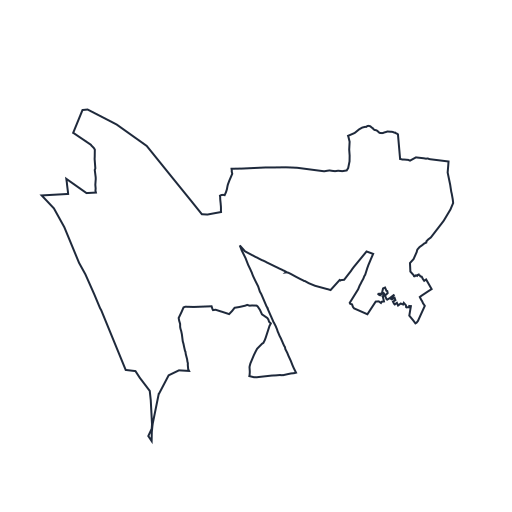 Ixhuatán, Chiapas, Mexico, rotated 172°
{"feature_id": "50627088B63590301456698", "entity_name": "Ixhuatán", "entity_type": "district", "adm_level": 2, "iso_a3": "MEX", "parent_name": "Mexico", "parent_adm1": "Chiapas", "projection": "robinson", "projection_center": [-92.999, 17.305], "detail": "fine", "context": "isolated", "style": "outline", "palette": "slate", "viewbox_px": 512, "rotation_deg": 172, "n_neighbors": 0, "source": "geoboundaries", "source_scale": "gbopen_adm2", "svg_char_len": 6042}
<svg xmlns="http://www.w3.org/2000/svg" viewBox="0 0 512 512"><g transform="rotate(172 256 256)"><path d="M52.2,322.8L70.1,327.6L71.2,328.0L72.0,328.5L72.6,328.7L74.1,328.7L76.2,329.4L78.5,330.0L83.9,331.4L90.2,329.0L91.9,330.0L96.3,331.0L97.7,331.2L99.1,331.8L99.8,332.0L98.5,356.7L98.6,356.8L99.5,357.6L99.9,357.8L100.6,358.3L101.0,358.8L101.8,358.9L103.1,359.7L104.2,360.1L105.8,360.4L108.5,361.0L110.0,360.7L111.7,360.5L113.3,360.1L114.8,360.3L116.2,360.6L116.9,361.1L118.5,363.1L119.7,363.9L121.0,364.3L121.8,365.0L122.3,365.7L122.4,366.1L123.0,366.6L123.8,367.4L124.7,368.5L126.3,369.2L127.6,369.2L128.9,368.5L130.1,368.7L132.9,368.4L136.2,367.1L139.5,365.1L141.0,364.2L142.2,363.8L148.1,362.2L147.9,361.2L147.7,359.2L147.4,356.1L148.9,348.4L149.3,342.4L150.2,336.7L152.5,330.2L154.3,328.1L158.7,328.0L162.8,329.0L165.9,329.0L168.7,329.7L171.3,330.5L173.4,330.5L176.7,330.4L182.9,332.1L202.8,337.6L208.1,338.6L214.2,339.7L228.4,341.5L234.8,342.4L248.8,343.7L257.5,344.5L268.1,345.8L268.1,345.1L268.1,343.4L268.3,343.0L268.1,341.2L268.1,340.7L269.0,339.2L269.6,338.2L271.9,334.4L273.9,330.7L274.5,329.2L275.3,326.8L275.5,326.2L276.4,324.3L276.9,323.3L278.6,320.6L279.9,321.1L281.8,321.2L283.3,320.7L283.3,319.1L283.5,317.6L283.6,315.9L283.7,312.8L283.8,311.4L283.8,310.9L283.9,309.5L284.2,307.0L284.3,306.8L284.5,304.4L291.9,304.1L294.1,304.0L296.3,303.9L298.3,303.8L303.8,304.9L312.9,320.2L327.1,343.8L348.9,380.2L375.7,405.6L402.4,424.5L407.5,424.7L419.9,403.4L419.6,403.2L404.0,389.1L403.7,388.4L401.6,385.6L400.8,383.8L401.9,376.7L402.3,374.6L402.9,365.2L403.4,364.1L403.7,363.7L403.8,356.3L404.0,354.5L405.2,348.9L405.4,345.2L405.9,343.0L405.7,341.1L415.1,341.9L433.1,358.8L433.1,357.6L433.1,355.1L433.2,352.6L433.3,346.0L433.4,343.6L459.8,345.8L449.5,331.3L441.8,311.2L432.2,273.9L427.5,261.6L421.5,240.6L417.7,226.1L416.8,223.8L400.9,161.3L391.4,158.8L388.0,151.5L380.0,137.2L380.3,127.7L382.4,103.8L383.3,99.5L387.7,92.7L385.1,87.3L383.7,96.1L382.8,99.8L382.9,99.7L381.6,104.4L371.5,133.0L371.3,133.0L359.1,150.0L348.2,153.5L338.3,151.5L338.9,153.3L338.7,157.8L338.6,158.0L338.5,158.7L338.4,159.4L338.6,160.9L338.6,163.4L339.2,168.6L339.2,171.2L339.5,171.8L339.8,175.4L340.0,178.4L340.0,178.8L340.4,181.8L340.3,188.7L340.5,191.9L340.9,194.4L341.0,196.3L340.6,199.3L341.1,202.6L341.2,205.4L337.6,210.8L334.9,215.2L333.0,215.6L328.2,214.8L324.8,214.2L307.0,212.4L306.5,209.5L306.1,208.4L303.5,208.4L298.1,205.8L297.6,205.6L290.7,202.2L287.3,204.9L284.4,207.7L280.0,207.8L278.4,207.9L273.6,208.3L271.5,208.8L269.3,207.7L267.4,207.6L267.0,207.6L262.3,206.8L261.3,205.7L259.6,202.1L258.2,197.4L253.4,193.0L252.6,191.4L252.3,189.6L252.1,188.9L250.7,187.2L251.3,186.3L252.3,185.0L257.8,173.7L259.0,171.5L260.8,168.9L262.2,168.3L267.8,164.0L269.7,161.4L270.3,160.5L271.8,158.3L276.5,150.4L277.6,147.8L277.9,146.8L278.2,142.8L278.4,141.4L278.9,139.1L279.3,138.0L274.8,136.2L273.7,136.1L272.9,135.9L271.6,135.8L270.4,135.8L256.9,135.4L252.8,135.0L248.6,134.8L247.9,134.5L246.0,134.3L245.8,134.2L241.0,134.6L237.9,134.8L236.8,134.8L235.7,134.7L234.2,134.7L232.6,134.9L234.3,140.0L235.1,142.9L236.1,147.2L237.8,152.8L238.5,155.7L239.9,159.7L240.0,161.7L240.7,163.3L241.0,164.4L241.1,164.7L241.3,165.4L241.4,165.6L241.6,166.5L241.8,167.3L242.1,168.3L242.2,168.7L242.3,169.0L242.6,170.1L242.7,170.6L243.8,173.7L244.6,176.8L245.0,178.1L245.4,180.5L246.0,182.7L246.1,183.3L247.5,187.4L248.1,188.7L248.2,189.4L251.9,202.5L251.7,202.7L252.5,204.4L252.6,204.7L254.6,212.1L256.1,217.6L257.1,220.1L257.2,220.6L258.1,225.6L259.6,230.0L260.3,232.1L261.3,235.3L261.4,235.6L261.9,237.4L262.4,239.6L262.4,239.9L263.0,241.8L263.4,243.3L264.1,245.5L265.0,248.3L266.5,254.7L266.5,254.9L269.4,263.6L269.9,265.9L270.6,268.7L267.5,264.1L266.4,262.3L265.2,261.4L260.4,257.9L259.5,257.2L259.2,257.1L256.7,255.2L254.9,254.1L253.9,253.3L250.6,251.0L249.6,250.5L247.3,249.0L246.2,248.1L245.4,247.6L241.7,245.1L238.3,242.8L236.0,241.3L235.9,241.2L234.9,240.5L233.0,239.3L231.6,238.4L230.9,237.8L230.2,237.5L230.1,237.4L229.1,236.7L228.2,236.0L228.8,235.6L228.3,235.6L226.8,235.1L226.4,235.0L224.2,233.5L223.5,233.0L219.5,230.0L215.3,227.0L212.9,225.4L212.0,224.7L211.9,224.6L210.9,224.3L210.5,224.0L210.3,223.8L207.5,221.7L201.7,218.3L190.3,213.4L189.7,213.2L186.9,211.9L176.5,220.6L175.9,220.0L175.2,220.3L172.9,220.2L172.0,220.2L167.0,225.1L164.2,227.8L163.3,228.8L162.6,229.6L160.6,231.6L145.9,245.1L139.7,241.8L141.4,239.0L142.7,236.9L143.5,235.5L144.7,233.5L146.2,231.0L146.4,230.5L147.3,228.9L150.5,222.2L151.2,221.4L151.6,220.9L152.1,220.0L152.8,218.7L153.7,217.5L155.0,215.8L155.7,214.7L157.0,212.9L157.3,212.6L159.5,208.8L169.7,196.6L169.4,195.6L167.6,194.7L167.1,192.1L166.2,190.5L153.8,182.8L143.8,194.2L140.8,194.0L138.8,192.1L137.9,193.2L135.6,193.2L136.0,197.5L135.5,198.6L135.8,198.7L134.8,199.6L134.3,200.8L134.8,201.6L135.5,201.5L138.5,199.8L139.4,200.3L140.2,201.2L140.0,201.5L136.6,201.3L134.7,206.2L132.6,206.8L131.7,203.4L130.9,203.0L130.8,201.7L130.8,201.0L130.8,200.9L132.8,199.5L133.9,199.1L132.7,195.0L132.2,194.5L130.8,195.1L129.5,195.6L124.4,198.5L128.1,194.6L127.5,194.1L124.6,195.3L124.1,192.9L126.7,191.7L126.0,189.6L125.3,188.7L123.0,190.0L122.2,187.2L119.3,188.8L117.1,187.5L116.2,189.0L114.4,186.3L114.4,184.4L113.9,184.1L113.5,184.2L111.6,183.9L111.2,185.2L109.6,184.8L112.5,175.6L109.3,170.4L107.5,167.1L106.3,167.6L104.7,169.1L95.8,183.1L95.9,183.4L97.2,186.0L97.8,188.2L98.1,188.8L98.4,189.4L98.9,190.8L99.5,192.6L97.9,193.5L90.4,197.1L86.7,198.8L90.8,209.1L92.9,208.0L94.2,210.5L94.3,211.2L94.8,212.5L95.0,212.6L95.9,212.8L96.6,214.0L97.4,214.5L97.5,215.0L97.8,214.9L98.7,214.7L99.3,213.9L100.3,214.6L101.7,213.8L102.3,214.0L102.4,214.8L105.3,219.1L104.5,227.6L100.4,231.0L96.3,237.6L95.6,239.4L95.1,240.1L92.8,242.1L89.9,243.6L87.6,245.0L85.5,245.6L85.2,246.8L83.2,248.4L80.3,250.0L75.0,255.2L71.3,258.8L66.0,264.0L65.5,264.5L64.8,265.3L56.9,275.1L56.4,276.0L53.4,281.0L53.3,283.7L53.3,285.2L53.5,290.5L53.7,292.4L53.8,299.6L54.6,312.0L53.1,318.6L52.4,321.8L52.2,322.8Z" fill="none" stroke="#1e293b" stroke-width="2"/></g></svg>